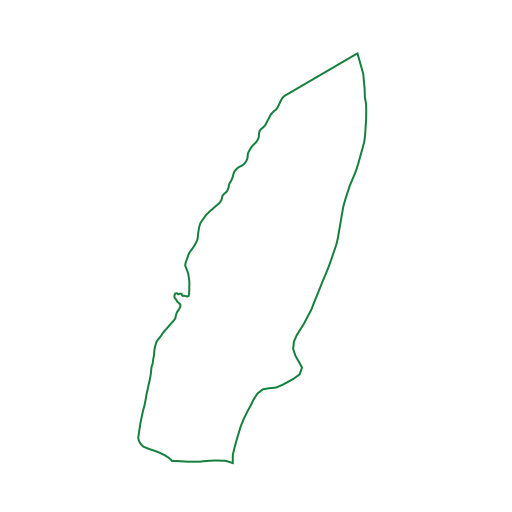 Ayn, Shabwah, Yemen (Robinson projection), rotated 8°
{"feature_id": "15242507B91008874349012", "entity_name": "Ayn", "entity_type": "district", "adm_level": 2, "iso_a3": "YEM", "parent_name": "Yemen", "parent_adm1": "Shabwah", "projection": "robinson", "projection_center": [45.555, 14.95], "detail": "fine", "context": "isolated", "style": "outline", "palette": "green", "viewbox_px": 512, "rotation_deg": 8, "n_neighbors": 0, "source": "geoboundaries", "source_scale": "gbopen_adm2", "svg_char_len": 3739}
<svg xmlns="http://www.w3.org/2000/svg" viewBox="0 0 512 512"><g transform="rotate(8 256 256)"><path d="M261.8,464.3L261.7,463.4L260.7,456.2L261.4,449.0L262.3,441.7L263.4,434.6L264.5,427.3L266.3,419.8L268.9,411.8L271.4,405.1L273.6,398.4L276.5,392.1L281.4,387.0L287.5,385.1L294.1,383.5L300.0,380.0L305.6,375.9L310.9,371.8L315.7,367.1L317.1,360.0L313.0,354.6L308.8,349.1L305.7,342.8L305.5,335.4L307.4,328.6L310.3,322.2L313.1,315.8L315.7,308.4L318.3,301.3L320.0,293.9L321.9,286.6L323.9,278.4L325.6,271.4L326.9,266.6L327.5,264.4L329.4,256.8L330.9,249.6L332.3,242.2L333.9,234.0L334.6,226.8L334.8,218.7L335.1,210.1L335.3,202.4L335.6,194.6L336.6,187.3L337.8,180.4L339.1,173.3L341.2,165.4L343.1,157.9L344.4,150.4L345.3,143.3L346.4,135.2L347.3,128.0L347.2,120.3L346.6,113.3L346.1,105.8L345.1,97.8L343.9,90.3L341.7,83.5L340.3,75.3L338.9,69.4L338.6,68.1L336.8,60.6L330.6,46.5L328.3,41.3L327.0,42.2L292.6,69.3L261.8,93.6L259.8,96.4L258.4,100.6L256.6,106.2L256.1,107.1L255.2,108.6L253.6,110.0L251.0,113.7L247.7,123.0L247.0,125.0L245.9,126.8L244.6,128.3L243.1,129.9L242.1,131.8L242.0,134.2L242.1,136.3L242.2,138.4L241.6,140.5L240.6,142.7L239.5,144.4L238.0,146.2L236.8,147.9L235.8,150.0L235.0,151.9L234.1,154.1L233.7,156.4L233.9,158.8L233.9,161.1L233.2,163.2L232.3,165.1L230.9,167.1L229.3,168.6L227.6,169.7L226.1,170.9L224.7,172.4L223.4,174.3L222.5,176.4L222.2,178.7L221.9,181.0L221.5,183.0L220.9,185.1L219.9,187.2L219.3,189.0L219.3,192.4L218.7,194.6L218.1,196.2L216.7,197.9L215.4,199.4L214.4,201.1L214.2,203.4L213.9,205.5L213.1,207.4L212.0,209.2L210.4,210.9L208.8,212.7L207.4,214.3L205.9,216.2L204.3,217.8L202.9,219.7L201.4,221.5L200.3,223.4L199.3,225.4L198.2,227.4L197.2,229.4L196.3,231.4L195.9,233.6L195.7,235.7L195.6,236.1L195.6,238.4L195.6,240.7L195.6,243.0L195.7,245.4L195.7,247.8L195.2,249.8L194.4,252.2L193.6,254.2L192.5,256.6L191.4,258.5L190.3,260.5L189.4,262.5L188.8,264.7L188.4,267.0L188.0,269.0L187.5,271.0L187.2,273.2L187.2,275.3L188.2,277.2L189.4,279.2L190.4,281.0L191.3,282.9L191.9,284.9L192.6,287.1L193.2,289.2L193.7,291.4L194.0,293.7L194.2,296.0L194.6,298.1L194.8,300.3L195.0,302.6L194.9,304.7L193.7,305.7L191.8,305.5L191.0,305.4L190.5,305.4L189.0,305.7L188.7,305.5L188.1,305.1L188.0,304.8L187.4,303.7L186.5,303.8L185.2,304.4L184.2,304.8L183.1,304.0L182.6,304.0L181.9,304.1L181.2,304.5L180.8,305.7L180.8,307.3L181.2,308.6L181.5,309.0L183.2,310.5L184.4,312.2L186.1,313.3L187.8,314.5L188.2,316.7L187.5,318.6L186.6,320.5L185.6,322.7L185.1,324.8L184.9,326.9L184.8,329.1L183.8,330.9L182.6,332.8L181.3,334.7L180.1,336.4L178.9,338.4L177.8,340.1L177.5,340.6L176.5,342.0L175.4,343.8L174.3,345.6L173.3,347.9L172.2,349.8L171.1,351.6L170.1,353.3L169.3,355.3L169.0,357.4L168.7,359.4L168.5,361.8L168.5,363.9L168.6,365.9L168.8,368.0L168.7,370.4L168.6,372.6L168.6,374.8L168.6,377.3L168.1,379.7L168.0,381.9L168.1,384.2L168.2,387.0L168.2,389.8L168.1,392.5L167.9,394.9L167.6,397.9L167.4,400.7L167.3,403.1L167.0,405.6L166.9,408.0L166.8,410.3L166.7,413.3L166.6,415.3L166.5,417.4L166.3,420.2L166.0,422.4L165.7,424.7L165.5,426.9L165.4,429.0L165.2,431.4L165.2,431.7L165.0,434.1L164.9,436.5L164.8,438.6L164.8,440.9L164.7,443.2L164.7,445.5L164.7,448.0L164.7,450.4L164.7,452.5L165.4,454.5L165.6,454.8L166.6,456.5L168.0,458.2L169.7,459.6L171.3,460.6L173.5,461.1L175.4,461.6L177.4,462.1L179.4,462.4L181.6,462.8L183.5,463.2L185.5,463.6L187.6,464.1L189.4,464.7L191.4,465.4L193.4,466.0L195.3,466.9L197.3,467.8L199.0,468.8L200.7,470.0L201.3,470.7L204.8,470.2L207.8,469.9L210.5,469.7L213.2,469.5L216.2,469.3L219.4,468.8L222.8,468.4L226.7,467.8L226.9,467.8L229.4,467.4L232.3,466.6L235.4,465.9L238.4,465.2L240.7,464.9L241.6,464.6L244.7,464.1L247.8,463.7L250.7,463.5L253.6,463.1L256.3,463.3L259.3,463.9L261.8,464.3Z" fill="none" stroke="#15803d" stroke-width="2"/></g></svg>